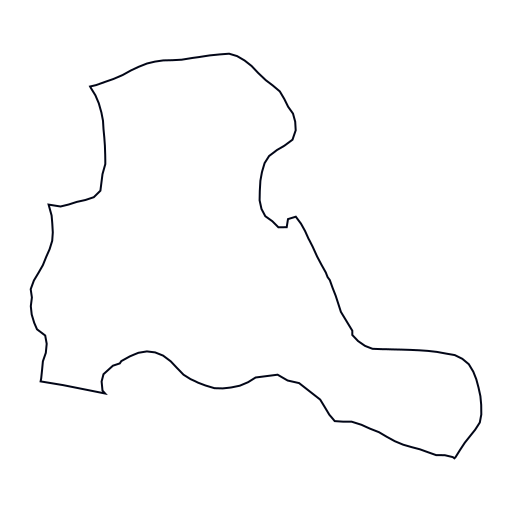 Kuhlan Ash Sharaf, Hajjah, Yemen
{"feature_id": "15242507B97358908792545", "entity_name": "Kuhlan Ash Sharaf", "entity_type": "district", "adm_level": 2, "iso_a3": "YEM", "parent_name": "Yemen", "parent_adm1": "Hajjah", "projection": "mercator", "projection_center": [43.483, 16.025], "detail": "fine", "context": "isolated", "style": "outline", "palette": "ink", "viewbox_px": 512, "rotation_deg": 0, "n_neighbors": 0, "source": "geoboundaries", "source_scale": "gbopen_adm2", "svg_char_len": 2445}
<svg xmlns="http://www.w3.org/2000/svg" viewBox="0 0 512 512"><path d="M90.1,86.5L91.0,88.2L95.4,95.3L98.8,103.3L100.4,109.0L101.4,112.5L103.0,120.8L103.5,129.1L104.3,137.5L104.9,145.8L105.2,154.7L105.3,160.6L105.3,164.1L102.5,174.1L100.4,190.7L93.8,197.2L85.4,200.0L76.8,201.9L68.7,204.5L67.1,204.9L60.5,206.5L48.6,204.6L51.6,215.5L52.1,221.2L52.3,223.8L52.8,232.5L52.2,240.8L49.6,249.2L46.2,256.9L42.9,265.1L40.1,270.0L38.8,272.3L34.0,280.3L33.7,281.0L30.7,289.2L31.9,297.5L30.8,306.2L31.7,314.5L34.2,322.8L37.0,329.3L45.2,335.5L46.7,343.8L45.8,352.9L42.9,361.3L42.1,369.6L41.2,378.3L40.6,381.4L63.0,385.1L91.1,390.7L105.1,393.5L102.5,390.6L101.6,381.5L103.5,374.2L112.9,365.7L119.8,363.4L121.3,361.1L129.8,356.4L134.0,354.6L138.4,352.8L146.9,351.4L151.8,352.0L155.1,352.4L163.1,355.6L170.7,361.3L177.2,368.2L178.3,369.3L183.5,374.7L190.5,379.1L195.1,381.2L198.1,382.7L205.5,385.5L206.5,385.8L214.5,388.2L222.8,388.4L229.3,387.7L231.5,387.4L234.9,386.7L239.8,385.7L248.1,382.2L255.6,377.5L277.6,374.7L287.6,380.5L299.1,383.1L320.2,399.6L325.0,407.5L329.3,414.7L332.9,418.9L334.7,421.1L343.6,421.7L351.7,421.7L361.5,424.8L366.3,427.0L370.1,428.7L379.0,432.2L383.4,434.8L386.6,436.7L394.8,441.2L403.2,444.7L411.9,447.2L419.9,449.3L427.9,452.2L436.1,455.1L444.8,455.2L452.8,457.1L454.4,458.3L455.5,457.2L460.0,450.0L464.8,442.7L469.9,436.3L475.1,429.8L477.5,426.1L479.8,422.5L481.3,414.5L481.2,404.9L480.4,396.2L478.5,387.5L476.3,379.3L473.3,371.7L468.8,364.2L462.3,358.8L454.8,355.1L451.4,354.5L446.7,353.7L436.9,351.9L428.0,350.9L419.3,350.3L410.6,349.9L401.4,349.6L392.2,349.4L385.8,349.2L382.8,349.2L372.5,348.8L366.3,346.4L364.9,345.8L358.1,341.1L352.3,335.0L352.3,330.7L340.9,311.9L338.4,304.1L335.7,295.8L332.6,287.9L329.8,280.1L327.6,277.1L325.8,272.5L321.6,265.0L317.1,256.5L312.7,246.8L309.4,240.3L308.5,238.7L305.1,231.1L301.0,223.7L295.8,216.7L288.0,219.1L286.7,227.2L278.4,227.3L272.3,221.2L265.3,216.2L261.5,209.0L259.6,200.3L259.8,190.9L260.4,180.7L261.9,172.4L262.3,170.9L264.6,163.1L269.1,156.0L277.0,150.0L284.4,145.7L292.5,139.7L295.7,130.3L295.2,121.7L293.0,113.6L288.1,106.7L284.3,99.0L279.8,91.4L272.8,85.5L265.8,80.2L258.1,72.9L251.6,66.0L244.6,60.5L237.1,56.1L229.1,53.7L219.9,54.4L209.8,55.4L203.9,56.3L201.3,56.7L198.8,57.1L192.8,57.9L181.7,59.7L172.3,60.2L163.3,60.4L155.0,61.6L147.0,63.5L138.7,66.8L131.0,70.4L122.7,75.0L113.4,79.0L105.6,81.7L96.1,85.1L90.1,86.5Z" fill="none" stroke="#020617" stroke-width="2"/></svg>